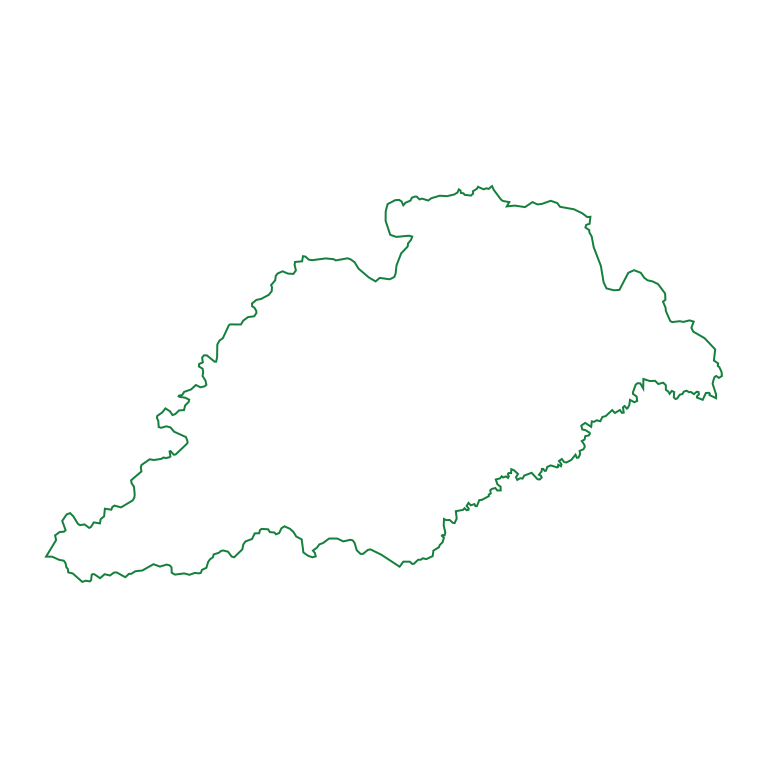 Soavinandriana, Itasy, Madagascar
{"feature_id": "10022922B59328070281510", "entity_name": "Soavinandriana", "entity_type": "district", "adm_level": 2, "iso_a3": "MDG", "parent_name": "Madagascar", "parent_adm1": "Itasy", "projection": "albers", "projection_center": [46.563, -19.219], "detail": "fine", "context": "isolated", "style": "outline", "palette": "green", "viewbox_px": 768, "rotation_deg": 0, "n_neighbors": 0, "source": "geoboundaries", "source_scale": "gbopen_adm2", "svg_char_len": 6095}
<svg xmlns="http://www.w3.org/2000/svg" viewBox="0 0 768 768"><path d="M721.9,376.0L721.6,372.1L719.3,367.0L717.8,366.0L718.1,363.4L713.9,360.5L715.2,349.4L704.6,338.2L693.2,331.6L691.4,327.8L693.7,321.6L689.5,320.4L683.4,321.9L679.7,321.2L672.3,322.1L670.3,321.1L665.8,310.9L665.6,307.8L663.0,301.7L665.4,299.8L665.1,293.5L658.1,284.1L652.5,281.4L647.6,280.3L644.3,277.9L640.8,272.8L634.0,270.2L628.3,272.8L619.4,289.9L613.9,290.3L606.5,288.4L603.6,282.3L600.9,266.0L593.7,247.2L591.7,236.5L589.5,232.7L589.2,230.1L585.4,227.5L586.2,224.9L589.6,223.8L590.4,216.8L587.3,217.1L582.3,213.3L574.0,209.3L560.0,206.8L557.3,203.1L550.7,200.8L541.6,204.0L537.4,204.4L532.5,202.1L525.0,207.1L514.9,205.6L506.8,206.4L509.3,202.1L503.0,201.0L501.1,199.7L493.7,189.8L492.0,186.1L488.7,188.9L486.5,188.3L483.6,189.3L478.0,186.8L476.9,188.8L473.0,191.2L473.1,193.7L470.8,195.6L464.6,194.8L463.5,193.3L461.0,193.0L460.5,190.6L458.9,189.4L457.4,192.6L454.2,194.5L446.8,196.2L439.8,195.7L431.4,198.2L428.2,200.5L422.0,198.6L419.5,199.4L416.7,196.6L414.8,196.6L411.9,197.7L410.5,200.6L405.5,202.7L403.3,205.3L401.5,201.4L399.1,199.9L395.1,200.2L387.6,204.1L385.7,211.4L385.6,220.8L390.2,234.8L396.3,236.9L409.1,235.7L412.2,236.6L411.1,239.7L408.0,243.5L407.7,246.5L401.2,253.3L396.5,265.4L395.6,273.6L394.3,277.0L389.7,279.3L379.7,277.9L375.6,281.4L368.9,277.5L358.5,268.6L354.6,262.2L350.5,259.3L347.6,258.3L335.8,260.4L333.6,259.2L325.8,258.4L312.1,260.2L308.9,259.7L305.4,256.6L303.0,256.2L302.1,261.3L295.0,262.0L294.6,264.9L295.9,270.4L293.4,273.9L287.9,273.6L282.6,271.3L277.6,273.5L275.8,275.9L275.2,280.3L271.1,285.1L272.0,287.4L271.7,291.2L268.8,294.8L261.2,298.9L256.4,299.9L252.0,303.5L252.1,306.2L254.5,307.8L256.3,310.9L256.4,313.0L254.2,316.3L248.0,317.1L243.3,320.6L240.9,324.5L230.2,324.4L228.9,325.2L222.9,338.1L219.5,340.6L217.3,344.6L217.1,357.3L216.1,361.7L214.6,361.7L206.9,355.4L204.0,355.3L202.1,357.7L202.8,362.4L199.1,364.0L198.9,366.5L202.6,368.7L203.2,372.0L202.6,376.0L205.5,380.7L206.4,384.8L204.4,386.4L200.4,387.3L195.9,385.0L191.1,389.4L184.1,391.9L182.4,394.8L178.9,395.7L178.6,396.3L179.8,396.9L185.2,397.7L189.2,399.7L188.7,401.9L185.1,405.5L184.0,410.1L179.1,410.4L175.2,414.1L172.5,415.1L170.0,411.3L165.4,408.4L162.4,412.3L157.3,415.9L156.9,417.7L158.3,421.1L158.7,427.0L161.0,427.8L166.5,426.3L170.6,427.5L174.1,431.7L186.0,437.1L187.6,441.8L187.3,443.4L175.6,454.5L173.7,454.7L170.6,451.1L169.6,451.4L170.4,456.5L169.5,457.2L165.8,458.1L163.6,457.5L161.2,458.9L153.8,460.0L149.6,459.3L141.5,465.0L140.8,467.0L141.4,471.5L131.1,480.3L131.6,483.3L134.0,486.7L134.7,494.6L134.3,497.7L132.7,500.4L121.0,507.4L114.5,505.6L112.4,506.9L111.3,509.7L104.9,508.7L104.1,516.4L100.7,519.1L99.9,523.4L93.8,522.4L91.0,526.9L89.2,527.9L84.5,524.4L80.0,525.2L77.9,523.8L73.3,516.3L70.1,513.1L66.6,514.5L62.2,520.9L65.6,530.2L64.0,531.7L59.7,532.0L55.1,535.4L56.1,540.1L46.1,556.6L52.2,556.7L59.1,559.8L63.8,560.7L65.6,563.3L66.3,567.1L67.8,568.9L68.3,572.4L72.8,573.5L82.3,581.9L85.7,580.7L89.9,581.4L91.1,580.2L91.7,574.8L92.6,574.1L94.6,574.4L100.1,578.2L104.6,574.2L110.0,575.5L113.9,572.6L116.6,572.4L125.3,577.2L128.9,573.9L131.1,573.9L135.5,571.2L142.3,570.5L153.5,564.2L159.9,566.6L166.7,564.6L169.8,565.4L171.5,567.4L171.7,572.7L174.9,574.6L184.2,573.4L189.4,574.8L194.9,572.9L199.1,573.4L201.0,572.7L201.9,569.9L206.4,567.8L208.1,562.1L209.9,559.4L212.9,557.3L213.7,554.4L218.8,552.8L221.1,550.9L223.4,550.5L228.0,551.7L231.7,556.6L234.2,557.2L242.3,549.4L243.3,544.5L245.5,541.4L252.0,539.0L254.7,533.4L259.2,533.2L259.9,530.3L261.5,528.9L268.1,529.3L269.9,532.1L274.3,532.5L276.0,534.3L279.2,533.0L281.4,528.3L284.4,526.3L290.0,528.8L293.5,532.0L296.2,536.5L301.7,539.4L303.4,552.5L308.2,555.8L312.5,557.3L315.7,556.4L315.0,553.1L312.9,550.6L317.0,547.6L319.3,544.4L323.1,543.0L329.1,538.5L337.2,538.5L343.3,541.4L350.4,539.8L352.8,540.4L354.7,543.2L356.7,550.2L360.5,553.9L363.0,553.9L367.9,549.9L370.5,549.4L381.3,554.7L399.6,566.7L403.3,561.7L409.8,561.7L412.2,563.9L413.8,563.8L418.1,559.8L420.9,559.7L422.8,558.3L426.3,559.1L432.7,556.1L433.4,550.6L439.0,547.2L439.7,545.1L442.5,542.3L443.9,537.9L441.9,535.8L442.5,535.0L444.6,535.4L445.3,532.4L443.7,525.6L444.0,519.0L446.0,520.1L449.7,520.0L452.8,522.8L454.6,523.1L456.7,518.5L455.8,511.2L463.0,509.9L464.5,508.2L466.5,510.2L468.5,509.8L468.7,508.5L466.6,505.9L468.5,502.9L470.8,505.3L474.4,504.1L475.5,506.1L476.9,506.1L479.3,500.1L481.8,499.9L488.9,496.1L488.8,494.6L490.7,493.5L490.3,490.2L491.7,489.0L495.3,488.0L497.3,490.5L500.7,490.4L500.6,486.7L497.4,484.3L495.8,479.5L500.0,478.4L501.7,476.3L503.1,477.5L505.9,476.4L508.0,477.9L508.8,476.4L507.9,474.2L508.6,473.1L511.1,473.0L511.3,469.2L513.9,470.2L518.0,473.9L516.0,477.2L517.3,479.9L520.2,478.2L522.6,478.6L524.2,475.6L531.6,472.8L537.5,479.2L539.7,479.5L541.7,477.5L541.0,475.8L539.0,474.7L541.6,471.4L541.9,469.0L543.2,468.9L544.7,470.9L546.0,470.7L547.3,466.9L550.7,465.4L557.1,467.4L557.9,467.1L558.2,464.8L561.0,466.2L561.5,464.3L559.0,461.0L561.8,459.0L564.1,462.0L566.3,462.5L571.2,460.0L575.5,454.7L576.9,457.8L578.5,457.6L580.1,454.2L579.6,450.9L583.4,449.3L584.7,447.0L584.5,445.1L581.8,441.0L584.6,439.5L585.3,436.1L588.7,435.5L589.9,433.9L589.6,432.7L585.2,430.0L582.3,429.5L581.3,425.6L585.2,422.9L591.2,426.8L591.8,421.4L594.1,421.8L596.7,420.3L600.3,421.2L602.4,417.0L605.7,416.1L612.2,410.1L614.9,413.0L619.9,410.0L622.0,412.9L623.7,412.6L623.0,407.3L624.6,406.0L626.8,408.6L627.6,408.2L629.3,405.1L630.0,399.9L634.3,402.2L637.2,400.9L636.6,396.5L633.0,393.9L632.9,392.4L635.7,384.7L637.5,383.2L640.3,383.4L643.2,388.5L643.4,379.0L650.0,381.1L655.1,380.8L658.2,384.0L663.2,382.7L665.8,385.2L665.9,389.9L668.2,391.4L669.6,393.8L671.8,390.9L674.2,392.1L673.8,397.4L675.5,399.0L677.1,398.5L679.8,394.7L682.5,394.0L683.7,391.7L686.6,390.7L689.0,392.2L690.8,391.9L693.9,394.1L696.7,391.8L698.5,392.0L698.9,394.4L696.9,396.4L697.0,397.6L702.7,399.8L705.9,393.0L708.9,392.8L709.7,393.4L709.5,395.0L716.1,398.2L716.0,394.2L712.6,383.7L713.7,379.3L714.6,377.0L716.3,376.0L718.9,377.9L721.9,376.0Z" fill="none" stroke="#15803d" stroke-width="2"/></svg>